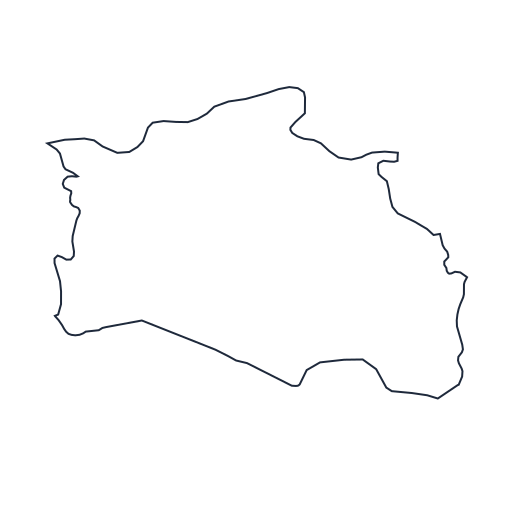 Ñuble, Mercator projection, rotated 173°
{"feature_id": "CHL-20010", "entity_name": "Ñuble", "entity_type": "Region", "adm_level": 1, "iso_a3": "CHL", "parent_name": "Chile", "parent_adm1": "", "projection": "mercator", "projection_center": [-71.968, -36.605], "detail": "fine", "context": "isolated", "style": "outline", "palette": "slate", "viewbox_px": 512, "rotation_deg": 173, "n_neighbors": 0, "source": "natural_earth", "source_scale": "10m", "svg_char_len": 2258}
<svg xmlns="http://www.w3.org/2000/svg" viewBox="0 0 512 512"><g transform="rotate(173 256 256)"><path d="M462.9,221.1L459.5,222.0L455.4,231.9L453.8,244.6L453.6,254.9L456.8,273.5L456.3,278.0L452.9,280.6L448.9,278.6L444.7,275.5L440.3,275.1L436.9,278.2L436.1,282.6L436.5,292.8L435.5,298.2L429.9,313.2L428.8,315.3L427.2,317.5L425.8,319.9L425.4,322.5L426.6,325.3L428.6,326.5L430.7,327.4L432.4,329.1L433.9,332.0L433.9,333.2L433.5,334.1L433.4,336.5L432.8,338.5L431.7,340.8L431.6,342.9L438.0,347.2L439.0,351.1L437.3,354.9L433.3,357.7L428.9,357.6L424.6,356.6L423.2,356.8L427.5,360.9L434.5,365.3L436.1,368.3L438.1,381.6L440.9,386.0L449.3,393.2L431.6,394.7L421.6,394.0L412.1,393.5L402.6,390.5L394.9,383.4L381.1,375.3L369.1,374.7L360.4,378.6L354.1,383.7L347.6,396.6L342.3,400.9L331.3,401.2L318.9,398.8L307.4,397.2L297.4,399.1L287.4,403.3L279.2,409.3L264.4,412.7L247.3,413.1L225.1,416.4L213.1,418.9L202.4,419.6L194.0,417.5L188.5,412.8L188.0,407.4L190.1,391.7L200.6,384.2L206.1,379.3L206.5,377.0L205.0,373.7L200.4,369.8L194.1,366.5L184.6,364.1L177.8,359.9L170.4,351.1L162.1,343.7L149.8,340.1L139.2,341.2L134.2,343.1L128.2,344.5L115.5,343.9L106.8,342.1L102.6,341.2L103.5,336.5L103.9,333.2L107.4,332.7L111.4,333.4L118.0,335.0L123.3,333.1L124.3,329.0L124.3,322.3L121.6,319.0L117.0,314.3L116.1,306.3L115.8,296.7L114.6,288.1L110.1,281.0L101.1,275.1L94.2,270.6L88.5,266.2L83.0,262.0L77.2,255.2L70.7,255.5L69.4,243.9L68.0,240.4L65.7,237.0L65.1,233.6L65.3,231.3L67.9,229.1L69.8,227.6L70.2,224.3L68.5,220.9L68.5,218.1L67.6,216.0L66.4,214.9L64.2,214.9L60.4,216.1L55.2,214.8L49.1,209.2L52.1,204.9L53.0,202.7L54.3,192.7L55.4,189.7L59.1,183.3L61.3,178.8L63.2,173.5L64.6,167.7L65.1,161.6L62.1,142.8L62.0,138.1L63.4,135.3L67.4,131.3L68.2,127.8L67.7,124.8L65.6,119.2L65.1,116.5L66.1,111.2L70.5,103.5L71.5,103.3L92.9,92.4L103.0,96.9L118.0,101.0L137.7,105.3L142.7,109.5L150.5,129.0L162.7,140.3L181.1,142.3L205.4,142.6L219.6,136.6L228.3,123.2L229.7,122.3L231.0,122.1L232.6,122.2L236.3,122.9L278.0,150.8L288.5,154.7L295.5,159.8L307.6,167.9L377.2,205.9L413.5,203.7L417.2,203.3L421.1,201.5L434.2,201.7L437.0,200.3L440.7,199.3L445.0,199.3L448.7,200.2L451.6,201.6L453.7,204.0L455.3,207.0L456.9,211.0L459.8,216.5L462.6,220.5L462.9,221.1Z" fill="none" stroke="#1e293b" stroke-width="2"/></g></svg>